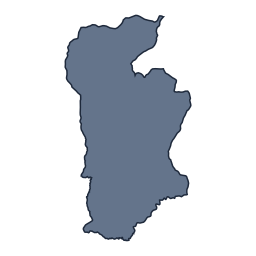 the district of Santiago, Norte de Santander, Colombia
{"feature_id": "7082276B46652813216763", "entity_name": "Santiago", "entity_type": "district", "adm_level": 2, "iso_a3": "COL", "parent_name": "Colombia", "parent_adm1": "Norte de Santander", "projection": "natural_earth1", "projection_center": [-72.726, 7.887], "detail": "fine", "context": "isolated", "style": "filled", "palette": "slate", "viewbox_px": 256, "rotation_deg": 0, "n_neighbors": 0, "source": "geoboundaries", "source_scale": "gbopen_adm2", "svg_char_len": 5743}
<svg xmlns="http://www.w3.org/2000/svg" viewBox="0 0 256 256"><path d="M133.7,233.6L133.8,232.7L134.4,231.9L134.7,231.1L134.8,230.2L133.5,227.8L133.4,227.2L133.4,226.8L134.1,226.5L135.2,226.4L135.8,225.9L136.5,223.8L137.2,222.8L138.1,222.7L139.3,223.0L140.2,223.0L143.5,222.2L144.5,221.4L145.3,220.4L147.0,217.7L147.4,217.3L147.9,217.0L149.2,216.7L150.5,216.2L150.8,215.8L151.0,215.2L151.0,213.6L151.1,213.1L151.9,211.6L153.3,210.3L155.2,209.7L156.3,209.1L156.7,208.1L156.7,207.1L156.0,205.8L155.8,204.8L155.9,204.3L156.2,204.1L157.0,204.1L158.7,204.6L159.3,204.7L159.8,204.3L160.0,203.1L159.6,200.9L159.6,200.1L162.5,200.1L163.0,199.7L164.1,198.2L164.3,198.2L164.7,198.3L165.4,199.4L165.9,199.4L167.3,196.8L168.1,196.8L168.4,196.9L170.0,198.2L170.7,198.5L171.8,198.2L172.8,197.8L173.2,197.7L174.5,198.3L174.8,198.1L175.1,196.8L175.4,196.4L179.2,195.9L181.5,196.7L183.8,195.1L184.5,194.9L186.5,194.8L187.2,194.5L186.8,192.4L186.8,190.7L186.9,189.5L188.0,186.8L188.6,183.2L188.0,180.5L187.2,178.5L186.8,177.1L186.5,176.5L186.0,176.0L185.2,175.7L182.7,175.3L180.3,174.8L179.7,174.2L178.5,172.1L177.6,171.2L175.3,170.1L175.0,169.7L174.8,169.0L173.3,167.1L172.7,166.2L171.3,161.8L170.9,160.8L170.7,159.8L169.4,158.8L169.0,158.0L168.5,156.0L168.6,153.0L168.3,151.6L168.4,151.0L169.3,149.2L170.6,145.8L171.1,143.2L171.8,141.7L172.7,140.0L173.7,138.8L175.0,136.8L177.2,133.2L179.1,131.5L180.0,130.5L180.6,128.8L180.4,126.0L180.6,125.0L181.1,123.9L182.1,122.6L183.5,117.9L185.0,115.4L187.1,110.5L187.9,110.2L188.7,109.4L190.4,106.6L190.8,105.7L190.7,104.2L189.8,100.7L189.8,99.5L190.2,99.1L190.4,98.3L189.2,93.2L187.8,91.2L187.5,91.1L185.2,91.2L183.1,92.0L181.0,92.2L179.4,91.9L178.5,91.8L176.8,92.1L174.6,91.7L174.3,91.3L174.2,91.0L174.2,90.4L175.0,87.2L175.2,84.5L176.2,82.3L176.4,80.6L175.9,79.7L173.5,78.2L172.7,77.9L168.2,74.5L165.5,73.1L163.7,69.8L163.4,68.8L160.9,69.0L155.2,68.7L152.6,68.9L151.3,69.7L150.5,71.0L148.2,74.0L146.4,74.8L145.5,75.9L145.0,77.1L144.7,77.3L144.2,77.3L143.4,76.4L142.9,75.4L141.6,74.2L140.9,73.7L138.4,72.8L136.9,73.1L136.2,73.5L135.5,74.4L135.1,75.3L134.7,73.2L133.7,71.9L132.9,71.1L132.5,70.4L132.3,69.7L132.4,68.4L132.1,66.6L132.2,65.9L130.8,63.7L133.1,60.8L135.1,59.8L136.3,58.5L137.5,56.6L139.3,55.1L143.1,52.2L144.0,51.6L145.6,51.0L148.3,49.3L152.1,47.7L153.2,46.8L154.6,45.0L155.6,43.0L156.3,41.0L156.6,39.8L156.4,38.3L156.5,37.7L157.6,35.4L157.6,35.1L156.9,34.0L156.7,32.8L156.3,31.6L156.6,29.0L157.3,27.4L157.7,27.0L158.9,26.1L159.4,25.3L159.7,24.5L159.7,22.7L160.1,21.2L161.7,18.8L163.5,16.8L162.7,16.7L161.9,16.1L160.1,15.9L159.7,15.9L159.3,16.2L157.5,20.3L156.5,21.3L154.8,22.1L154.2,22.0L152.5,21.1L148.6,20.4L144.6,19.3L139.8,16.5L137.6,15.6L136.5,15.4L135.6,15.4L128.9,18.0L126.1,17.9L125.5,18.0L123.2,20.1L123.1,20.9L122.7,21.9L122.0,23.2L120.7,24.8L117.7,27.6L116.6,28.2L115.3,28.7L113.3,28.5L110.0,27.9L106.3,26.1L104.0,25.7L102.7,25.7L99.4,26.7L98.5,26.7L97.9,26.6L96.4,25.5L95.1,24.9L92.5,24.7L91.1,25.4L90.4,25.9L88.3,26.4L86.8,27.2L85.5,27.5L83.5,27.3L81.1,27.5L78.8,32.3L78.3,35.8L78.1,37.6L78.0,38.0L77.7,38.3L76.8,38.8L75.1,39.1L73.8,39.5L73.1,40.0L72.3,40.6L72.0,41.0L70.8,41.8L69.7,43.0L69.3,44.9L68.2,46.4L67.8,47.3L67.9,48.0L68.5,49.8L68.6,51.0L68.5,51.4L67.2,53.2L67.2,54.0L67.7,54.9L67.7,55.5L67.4,56.8L65.5,60.0L65.3,61.5L65.4,64.2L65.2,66.8L65.3,67.5L66.9,70.5L67.0,72.9L67.0,74.8L66.6,77.0L66.5,78.1L66.8,79.2L67.9,81.1L70.5,83.8L71.5,85.1L72.0,87.1L76.5,91.2L77.8,92.8L79.4,94.1L80.6,95.2L80.6,96.2L80.7,96.7L80.7,98.3L80.7,99.4L80.3,100.7L80.4,107.5L80.2,112.9L80.3,115.0L81.0,117.3L81.0,118.0L80.9,118.8L80.1,120.7L80.1,121.8L80.5,122.6L81.3,123.7L81.3,124.0L81.0,126.3L81.0,128.0L81.4,130.0L82.6,132.0L82.9,132.9L83.7,134.4L85.4,137.3L85.5,138.5L86.0,139.3L86.0,139.9L85.7,140.6L85.8,141.4L85.3,144.3L85.7,145.8L86.6,146.7L86.8,147.2L87.3,147.7L87.2,149.4L87.4,150.0L87.4,150.5L86.6,152.2L86.6,153.1L86.3,154.0L86.0,154.7L85.0,155.7L84.5,157.0L84.7,159.9L85.3,160.9L85.0,161.4L84.9,162.3L85.1,162.8L85.1,163.9L85.5,165.5L85.3,167.3L84.2,168.6L83.7,169.4L83.4,171.3L83.0,172.2L81.4,174.6L81.2,175.9L81.7,175.9L82.2,176.9L83.2,177.4L85.8,177.6L86.9,176.8L87.5,176.6L88.0,177.3L88.6,177.8L89.1,177.8L89.8,177.2L90.3,177.1L90.9,177.3L91.6,177.8L91.0,178.2L90.9,178.6L90.9,178.9L91.2,179.1L91.2,179.4L90.6,179.7L90.2,180.4L90.6,181.1L90.6,182.0L90.4,182.7L89.9,183.3L90.2,183.8L89.8,185.6L90.1,186.2L90.0,187.3L90.2,188.7L89.6,189.6L89.5,190.8L89.3,191.4L89.4,191.9L88.9,192.0L88.3,193.6L87.8,194.3L87.6,196.1L87.3,196.5L86.7,196.7L86.6,197.0L86.6,197.3L86.9,197.7L86.9,198.2L87.2,198.6L87.3,200.1L86.7,203.2L87.1,204.2L87.1,205.2L87.3,205.8L87.4,206.5L87.9,207.4L88.3,209.9L88.8,210.6L89.8,211.5L89.7,212.8L89.9,213.5L90.1,215.6L91.5,217.4L92.6,220.0L92.2,220.8L89.9,222.3L87.3,223.8L85.5,225.0L83.4,228.2L83.4,229.5L84.5,231.8L85.1,232.2L87.4,232.2L88.4,232.7L88.7,232.7L89.3,232.2L89.6,231.3L90.6,230.9L91.3,231.2L92.0,231.1L92.8,231.7L93.6,232.0L94.3,232.5L96.5,232.5L97.2,232.0L98.5,232.7L99.0,233.1L99.5,233.9L100.9,234.5L102.0,235.2L103.3,236.7L103.9,236.9L105.1,238.1L105.7,238.5L107.1,238.4L107.6,238.6L108.0,239.0L108.3,239.1L109.1,238.8L109.8,238.3L110.1,238.3L110.2,238.6L111.3,238.6L111.7,238.1L112.0,238.0L113.8,238.9L114.6,239.1L116.0,238.6L116.4,238.1L116.8,238.0L117.4,238.1L118.4,238.9L118.8,239.0L119.1,238.7L119.0,237.9L119.1,237.7L120.8,238.0L121.4,238.6L121.6,238.5L121.9,237.6L122.1,237.4L122.5,237.7L122.5,238.5L122.6,239.0L123.2,239.3L123.9,240.2L124.3,240.3L125.5,240.1L125.8,240.2L126.0,240.5L126.4,240.4L126.9,240.6L128.9,240.3L128.9,239.5L128.7,238.9L128.8,238.6L129.1,238.4L130.0,238.5L130.3,238.3L131.2,236.4L131.6,236.2L131.8,235.7L132.4,235.1L132.7,233.7L132.9,233.5L133.2,233.4L133.7,233.6Z" fill="#64748b" stroke="#1e293b" stroke-width="1.5"/></svg>